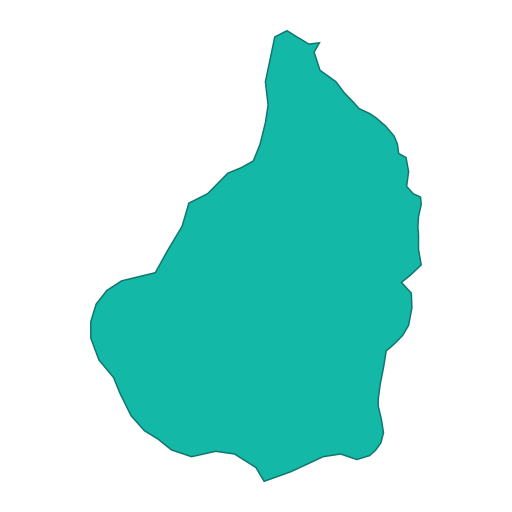 Afanteia-Orniti, Cyprus (Natural Earth projection)
{"feature_id": "46923920B30360023901504", "entity_name": "Afanteia-Orniti", "entity_type": "district", "adm_level": 2, "iso_a3": "CYP", "parent_name": "Cyprus", "parent_adm1": "", "projection": "natural_earth1", "projection_center": [33.575, 35.154], "detail": "fine", "context": "isolated", "style": "filled", "palette": "teal", "viewbox_px": 512, "rotation_deg": 0, "n_neighbors": 0, "source": "geoboundaries", "source_scale": "gbopen_adm2", "svg_char_len": 1065}
<svg xmlns="http://www.w3.org/2000/svg" viewBox="0 0 512 512"><path d="M90.8,338.1L98.9,359.9L113.6,377.6L120.3,394.0L131.1,415.8L144.5,430.8L157.9,439.0L171.4,449.9L191.5,456.7L215.7,451.3L234.5,454.0L256.0,467.6L264.1,481.3L290.9,471.7L323.1,456.7L340.6,454.0L356.7,459.5L369.6,455.6L375.6,450.2L380.9,442.8L383.5,432.8L381.5,420.0L378.2,405.9L378.2,399.2L380.2,384.4L383.5,367.6L386.2,350.9L394.1,344.1L402.7,335.4L408.6,325.3L411.9,307.9L411.3,293.1L401.4,282.4L410.6,275.0L421.2,264.9L418.5,249.5L418.5,234.7L417.9,227.3L418.5,216.6L421.2,204.5L420.5,197.1L413.3,193.8L406.6,186.4L408.6,171.6L406.0,157.5L398.7,153.5L397.4,144.1L394.1,136.1L385.5,126.0L376.2,118.0L370.3,113.9L359.0,108.6L353.7,102.5L344.5,93.1L335.9,81.7L320.0,70.3L314.1,52.2L319.4,42.8L308.8,44.1L295.6,36.1L287.0,30.7L274.8,36.9L265.4,81.8L268.1,105.0L265.4,122.7L260.0,144.5L253.3,160.9L241.2,167.7L227.8,173.2L207.7,193.6L188.9,203.1L182.1,226.3L167.4,250.8L155.3,272.7L121.7,280.8L106.9,290.4L96.2,304.0L90.8,321.7L90.8,338.1Z" fill="#14b8a6" stroke="#0f766e" stroke-width="1.5"/></svg>